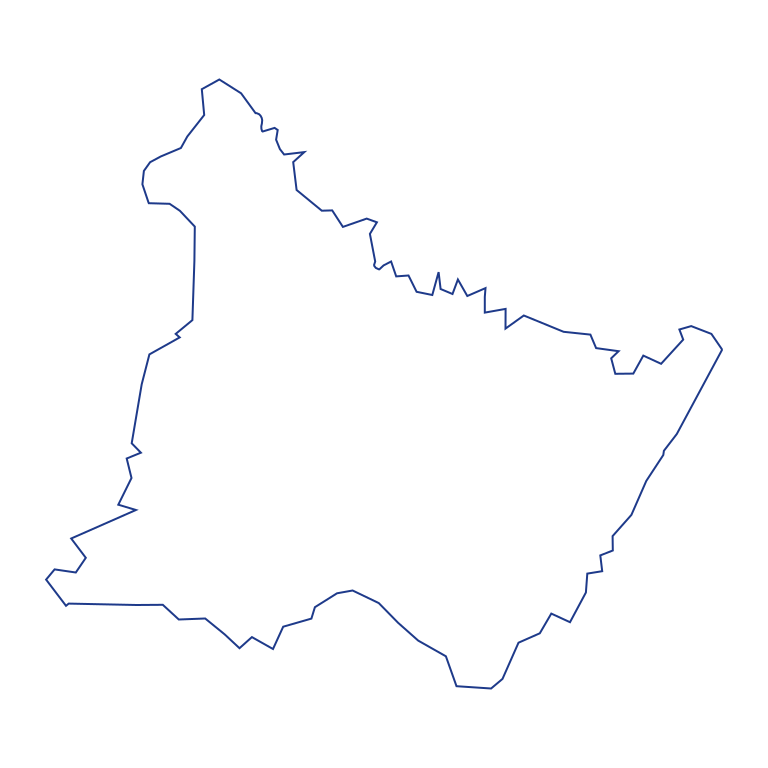 Westmoreland, Pennsylvania, United States of America
{"feature_id": "52423323B66944309680505", "entity_name": "Westmoreland", "entity_type": "district", "adm_level": 2, "iso_a3": "USA", "parent_name": "United States of America", "parent_adm1": "Pennsylvania", "projection": "albers", "projection_center": [-79.479, 40.36], "detail": "fine", "context": "isolated", "style": "outline", "palette": "blue", "viewbox_px": 768, "rotation_deg": 0, "n_neighbors": 0, "source": "geoboundaries", "source_scale": "gbopen_adm2", "svg_char_len": 1712}
<svg xmlns="http://www.w3.org/2000/svg" viewBox="0 0 768 768"><path d="M71.2,538.5L85.8,557.8L75.8,572.5L54.6,569.4L46.1,579.6L66.0,605.8L68.7,603.6L136.5,605.0L162.8,604.8L178.8,619.5L205.2,618.5L224.7,634.4L239.5,648.2L251.9,637.1L273.0,649.0L283.2,626.7L311.4,618.6L314.9,607.2L337.0,593.3L352.6,590.5L378.8,603.1L398.2,622.9L418.2,640.6L445.9,656.3L456.5,686.2L491.1,688.5L502.5,678.9L518.5,642.7L539.8,633.3L551.3,613.6L570.0,622.2L585.9,592.5L587.3,573.6L602.2,571.2L600.3,555.4L612.8,550.5L612.6,536.1L631.4,514.9L646.3,480.9L663.3,455.0L663.9,450.8L676.8,434.0L721.9,350.1L721.8,349.1L711.4,333.9L691.2,326.1L679.4,329.5L683.2,339.6L661.1,363.8L643.3,355.6L633.3,373.6L615.3,373.8L611.2,358.3L618.6,351.2L596.1,348.1L590.4,334.6L563.6,331.8L523.8,315.5L505.5,328.6L505.6,308.9L484.8,312.6L484.8,296.9L485.5,288.1L467.3,296.0L457.9,279.5L452.5,294.0L440.6,289.0L438.6,272.1L432.3,295.0L416.6,291.8L408.5,275.5L396.2,276.4L391.1,261.5L383.6,265.4L379.4,269.3L378.8,269.3L375.8,267.9L374.3,266.0L374.1,264.9L375.2,261.5L369.9,233.9L376.9,222.3L366.7,218.6L342.9,226.9L332.2,210.4L321.8,210.7L296.6,190.0L293.2,162.1L304.3,152.1L284.1,154.5L279.9,149.1L276.1,139.7L277.7,130.0L274.6,127.9L262.7,131.5L262.1,131.1L261.4,128.8L261.3,126.2L261.9,123.5L262.2,120.2L261.7,117.9L260.6,115.8L259.1,114.2L256.5,113.1L255.5,113.1L241.1,93.3L219.3,79.5L201.8,89.2L204.2,115.0L187.3,136.5L180.9,148.0L160.7,156.5L150.1,162.2L143.9,170.9L142.4,184.3L148.4,202.2L148.8,203.2L169.6,203.8L179.9,210.8L194.8,226.6L194.4,260.8L192.4,320.1L175.7,333.9L179.7,337.4L149.4,354.4L141.7,384.3L131.7,443.3L140.9,452.7L126.7,458.5L131.5,478.0L118.3,504.7L135.9,510.0L71.2,538.5Z" fill="none" stroke="#1e3a8a" stroke-width="2"/></svg>